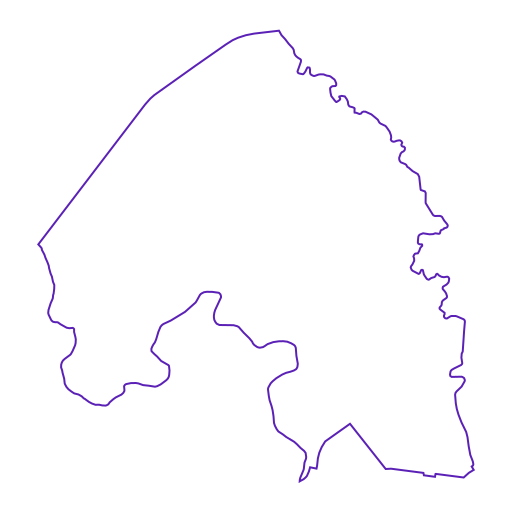 Moonee Valley, Victoria, Australia
{"feature_id": "25037944B9436355571028", "entity_name": "Moonee Valley", "entity_type": "district", "adm_level": 2, "iso_a3": "AUS", "parent_name": "Australia", "parent_adm1": "Victoria", "projection": "robinson", "projection_center": [144.901, -37.749], "detail": "fine", "context": "isolated", "style": "outline", "palette": "violet", "viewbox_px": 512, "rotation_deg": 0, "n_neighbors": 0, "source": "geoboundaries", "source_scale": "gbopen_adm2", "svg_char_len": 5996}
<svg xmlns="http://www.w3.org/2000/svg" viewBox="0 0 512 512"><path d="M62.5,372.5L64.2,378.8L64.7,383.4L65.0,384.2L66.5,387.0L68.5,389.3L71.5,391.6L74.2,393.4L78.5,394.5L80.8,395.8L81.8,396.4L83.8,398.4L84.7,398.8L88.9,401.9L92.1,403.6L95.5,404.8L99.0,404.7L102.2,405.4L105.4,405.6L106.6,405.3L108.2,404.4L109.1,403.3L109.5,402.5L113.4,399.1L115.8,397.4L121.4,394.6L123.3,392.9L124.4,390.9L124.4,389.5L124.1,386.6L124.2,385.9L125.0,384.8L126.1,384.1L130.9,383.1L135.8,383.0L138.3,383.4L143.1,385.1L148.7,385.7L155.0,386.7L157.1,386.2L160.7,384.4L166.3,380.2L167.9,378.5L168.8,376.7L169.2,374.8L169.5,370.5L169.0,366.0L168.8,365.5L168.2,365.0L161.2,361.0L157.1,356.5L154.4,354.1L151.7,351.4L151.5,351.0L151.4,349.8L151.4,348.7L152.1,346.9L153.3,344.6L154.9,342.4L156.2,339.2L158.4,331.8L160.4,327.0L161.7,325.3L163.4,324.0L170.7,320.6L185.0,311.9L195.6,302.5L196.8,300.6L199.9,295.0L200.9,293.9L202.4,293.0L204.1,292.2L206.8,291.8L212.4,291.9L218.3,292.7L219.0,292.9L220.4,294.3L221.0,296.1L221.0,297.4L215.1,310.1L214.3,312.8L213.9,315.6L213.9,317.4L214.3,319.8L215.2,321.7L216.7,323.7L219.4,325.0L233.5,325.2L237.2,326.2L238.7,327.0L243.8,332.8L249.4,338.3L252.1,341.6L253.0,343.5L254.3,345.0L256.8,346.8L258.2,347.4L259.9,347.7L263.0,347.1L264.7,346.1L267.6,344.1L273.3,342.1L278.8,341.3L283.3,341.2L287.3,341.7L291.2,343.3L293.9,344.9L294.8,345.7L295.4,346.8L295.8,348.0L296.4,355.8L297.8,363.8L297.4,366.9L296.9,368.0L296.2,369.1L293.9,370.5L290.1,371.8L286.2,372.8L282.3,374.5L276.3,378.2L272.6,381.3L270.7,383.3L268.6,387.0L268.1,388.3L268.0,389.5L268.8,395.9L269.6,400.2L271.5,405.9L272.6,410.2L273.5,416.2L274.0,422.9L274.9,425.7L276.7,429.2L278.4,431.5L282.6,434.2L286.5,437.2L294.2,441.8L297.0,444.3L300.6,448.0L304.1,450.9L305.6,452.9L306.2,457.0L306.0,458.7L304.5,462.6L303.8,468.9L303.4,470.3L300.3,477.7L299.8,479.8L299.7,481.3L303.6,479.2L305.7,477.4L306.9,476.0L308.9,471.5L310.1,467.3L316.5,468.6L317.1,465.6L317.9,458.3L319.3,452.7L321.7,447.1L325.2,441.4L350.0,423.8L385.7,469.0L391.0,468.7L423.4,472.9L423.9,475.3L435.0,476.8L435.5,474.0L435.8,473.9L463.7,477.5L468.9,472.8L473.7,469.9L471.7,466.5L473.0,465.5L473.3,464.5L473.2,463.3L472.8,461.4L470.3,454.9L468.7,446.3L467.5,437.2L466.2,432.0L461.5,422.4L458.5,414.7L456.8,408.9L455.8,403.3L455.1,394.7L455.5,392.9L456.5,391.5L461.6,386.6L464.4,381.7L464.8,380.8L464.8,379.9L464.1,378.1L462.5,377.0L461.5,376.7L451.7,376.9L450.4,376.1L450.0,374.7L450.5,371.6L451.0,370.6L451.8,369.8L454.2,368.4L461.1,365.0L461.9,364.2L462.2,363.5L462.2,362.7L461.4,357.7L461.7,353.6L462.7,351.6L462.8,350.5L464.1,330.9L464.9,321.7L464.7,320.4L463.7,319.3L456.7,316.3L455.5,316.0L451.4,316.0L450.3,316.4L446.9,318.5L445.4,318.3L444.8,317.9L444.0,316.8L444.0,315.4L444.6,314.2L444.6,312.8L440.5,309.7L439.7,308.9L439.5,308.1L439.7,307.4L441.2,305.7L441.6,304.9L441.9,302.1L442.4,301.1L443.1,300.3L446.4,298.0L446.9,297.3L447.0,296.1L446.1,293.4L444.9,291.5L442.8,289.1L442.6,288.0L443.0,286.7L446.6,284.5L448.3,282.7L448.8,281.5L449.2,278.7L448.5,277.3L447.7,276.8L447.1,276.7L443.8,277.2L441.5,276.8L438.9,275.4L437.7,274.1L437.1,273.8L436.2,274.3L435.6,275.8L434.6,277.0L431.3,278.0L428.8,279.7L428.4,279.7L426.8,278.9L424.6,275.7L423.8,274.2L422.9,270.2L422.0,269.8L421.2,270.1L419.8,273.1L419.0,273.8L418.6,273.9L412.5,270.7L411.5,269.6L410.7,267.4L411.1,266.2L412.4,264.5L414.2,260.8L414.1,258.4L413.4,256.4L413.9,255.2L414.9,253.8L415.4,253.6L417.9,253.3L419.3,250.8L420.3,247.9L422.2,245.8L422.1,244.6L421.8,244.3L419.9,244.3L419.0,244.0L418.3,243.6L417.9,242.8L417.9,241.3L418.3,237.1L418.5,236.2L419.1,235.2L420.2,234.4L423.1,233.3L429.5,234.3L433.1,234.1L435.2,233.3L438.9,233.8L439.6,233.6L440.0,233.0L440.6,230.8L440.9,230.3L443.7,229.0L444.1,228.3L446.6,227.6L447.3,227.0L447.7,225.9L447.7,225.2L447.0,224.0L444.1,220.5L442.0,216.9L441.3,216.4L439.9,215.9L434.9,216.0L433.5,215.4L432.9,214.8L426.4,204.3L425.7,203.1L425.6,202.1L425.7,193.0L424.9,191.4L420.9,190.0L420.6,189.3L419.2,176.8L417.8,174.1L412.6,171.1L408.6,167.6L407.4,167.0L406.2,164.8L405.2,164.1L400.8,162.3L399.6,160.7L399.2,159.1L399.2,157.7L400.7,153.5L402.0,152.1L403.3,151.5L404.2,150.7L404.8,149.8L404.9,148.9L404.9,147.7L403.9,146.7L402.6,146.5L401.8,146.0L401.5,145.4L401.3,144.8L402.2,142.7L401.5,141.3L400.0,140.4L398.9,140.4L396.7,140.8L394.6,141.6L393.4,141.7L392.3,141.4L391.4,140.7L390.8,139.6L391.2,137.6L391.0,135.4L389.6,131.6L386.4,127.0L385.4,125.9L380.6,123.6L379.3,122.5L377.8,119.7L371.4,114.4L365.5,111.7L363.4,111.6L362.0,112.3L361.0,113.6L359.4,114.0L356.4,112.8L354.6,112.6L354.5,111.7L354.6,108.5L354.3,108.0L352.8,107.3L349.5,106.4L348.7,105.5L348.2,104.2L347.9,101.7L346.9,99.4L344.8,96.4L341.6,95.9L339.3,96.5L339.2,96.9L340.1,98.3L340.2,99.0L339.7,99.9L338.8,100.6L336.6,102.0L336.2,102.0L334.8,100.6L331.3,96.1L330.5,92.6L330.1,88.9L330.3,87.9L331.5,86.7L332.4,86.2L335.5,86.0L336.2,85.1L336.2,83.3L335.0,80.4L334.4,79.5L330.5,76.5L329.2,76.0L326.7,75.6L323.6,74.4L320.3,74.3L318.4,74.6L315.1,75.8L314.1,76.0L313.2,75.8L311.3,74.9L310.3,73.8L310.0,72.5L310.0,69.5L309.7,68.1L309.4,67.6L308.5,67.5L307.6,67.4L307.2,67.8L305.4,71.5L304.1,73.3L303.3,74.1L302.8,74.2L299.2,73.5L297.9,72.7L297.5,71.4L300.9,61.8L301.0,60.1L300.4,59.2L298.2,57.9L296.4,56.5L295.2,55.1L294.3,53.3L293.7,49.9L292.8,48.2L288.7,43.8L285.1,39.1L281.5,35.2L279.0,30.7L254.1,33.6L245.9,35.2L238.1,37.7L232.6,40.2L225.7,44.6L195.5,65.7L154.4,95.0L150.3,98.6L145.1,104.5L38.3,244.4L41.2,247.6L41.7,248.4L41.9,249.9L44.4,254.6L45.5,257.9L47.5,262.4L48.7,265.6L49.1,268.2L50.6,273.6L51.9,276.6L53.0,281.8L54.3,285.0L54.2,288.9L53.6,293.6L53.1,295.2L52.9,297.5L52.7,298.6L50.6,303.4L48.5,310.0L48.2,313.0L48.6,314.6L51.0,319.6L51.6,320.6L53.1,321.8L55.1,322.2L57.0,322.2L58.1,322.5L60.4,324.2L66.6,327.7L69.2,328.2L72.8,327.9L73.7,328.5L74.1,329.1L74.1,332.0L75.4,337.1L75.8,339.4L75.6,343.1L75.1,345.3L72.6,351.0L70.8,354.2L70.2,354.8L64.7,358.9L62.9,360.6L61.8,362.6L61.2,364.6L61.1,367.4L62.2,370.6L62.5,372.5Z" fill="none" stroke="#5b21b6" stroke-width="2"/></svg>